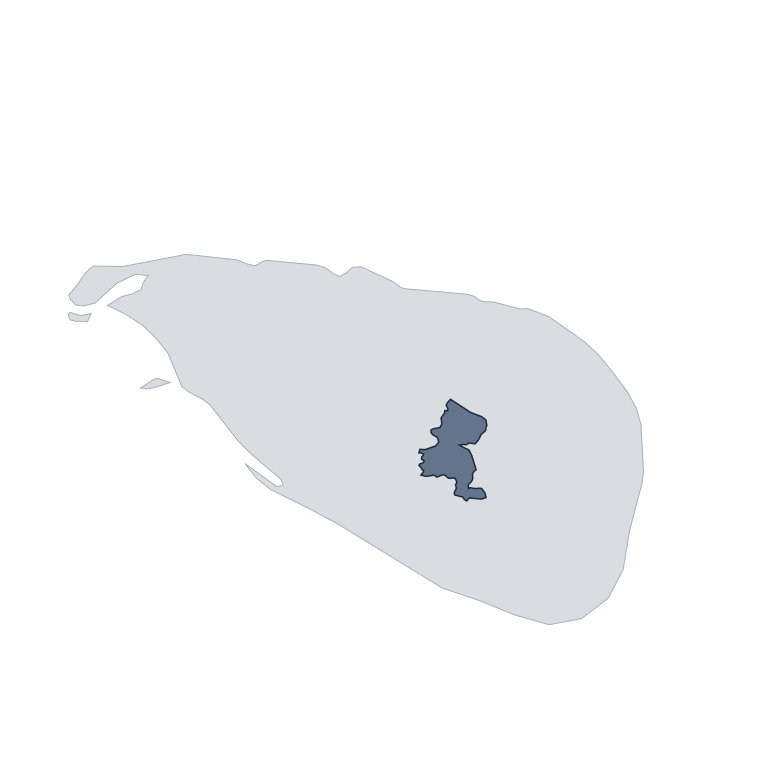 where Mahanuvara sits in Sri Lanka, rotated 306°
{"feature_id": "LKA-2448", "entity_name": "Mahanuvara", "entity_type": "District", "adm_level": 1, "iso_a3": "LKA", "parent_name": "Sri Lanka", "parent_adm1": "", "projection": "robinson", "projection_center": [80.641, 7.216], "detail": "fine", "context": "in_parent", "style": "filled", "palette": "slate", "viewbox_px": 768, "rotation_deg": 306, "n_neighbors": 0, "source": "natural_earth", "source_scale": "10m", "svg_char_len": 2453}
<svg xmlns="http://www.w3.org/2000/svg" viewBox="0 0 768 768"><g transform="rotate(306 384 384)"><path d="M270.6,76.7L284.0,77.5L298.4,77.1L308.4,79.3L325.7,103.8L372.6,147.7L398.1,192.3L400.4,202.1L404.0,210.5L410.1,212.8L415.2,216.7L440.8,259.8L443.7,268.3L443.3,277.7L444.8,284.7L451.5,288.1L459.8,290.0L465.2,296.4L472.1,330.8L472.1,341.6L474.1,346.2L506.2,399.7L508.1,406.2L507.8,411.1L508.7,415.3L514.9,424.7L524.7,450.2L529.6,456.0L535.5,478.3L536.0,520.9L533.8,539.9L527.8,562.9L520.7,585.5L513.0,601.8L502.4,615.6L466.4,644.9L456.0,650.8L409.0,669.2L374.4,686.6L342.4,691.3L310.3,681.7L286.2,658.9L273.9,625.3L265.4,590.2L253.2,551.3L243.8,431.1L239.3,397.4L232.0,354.6L232.8,336.1L237.9,318.3L237.9,357.3L242.6,362.1L246.2,357.1L249.4,316.7L252.1,299.6L264.9,255.1L265.1,247.2L262.9,230.4L263.1,222.0L282.1,190.8L287.0,172.6L289.6,154.0L288.6,133.9L285.1,114.1L300.5,120.4L308.9,127.3L317.5,132.0L324.5,129.6L333.0,129.5L327.0,118.7L309.1,108.8L279.5,102.6L270.2,94.7L266.6,87.9L268.4,79.9L270.6,76.7ZM255.5,197.9L259.5,210.0L248.0,201.7L240.4,194.9L237.7,189.4L253.4,195.5L255.5,197.9ZM268.8,105.7L260.0,107.4L253.1,96.8L251.5,92.3L253.3,89.2L255.2,87.6L257.5,88.1L260.7,98.0L268.8,105.7Z" fill="#d9dde1" stroke="#a8b0b8" stroke-width="1"/><path d="M337.9,519.6L337.9,516.5L338.9,514.0L337.9,512.1L335.8,506.3L337.4,504.7L342.3,503.8L344.5,501.1L346.0,501.0L347.5,500.6L348.6,498.6L349.4,496.5L347.8,494.2L345.8,491.9L345.7,489.6L346.1,486.8L344.4,484.4L340.8,482.2L339.6,481.3L339.8,478.2L333.8,472.2L332.1,467.3L335.0,467.7L337.5,466.9L337.3,466.1L337.1,465.1L337.6,464.1L338.2,463.3L338.7,460.1L340.7,460.1L342.8,461.8L345.2,462.0L345.5,460.4L345.2,458.6L347.3,457.3L349.3,457.7L350.8,456.9L350.0,454.7L348.8,452.7L350.5,452.2L352.2,451.4L355.1,455.8L364.0,462.1L369.1,462.5L372.1,458.7L371.6,452.9L372.5,450.4L374.4,449.1L376.5,450.0L381.7,454.9L385.7,454.2L390.2,450.1L395.9,450.1L398.2,448.8L399.9,451.2L401.0,450.6L401.9,449.7L403.4,446.7L406.3,446.3L410.7,446.8L411.9,470.8L415.0,482.4L414.8,487.5L411.0,491.5L408.0,492.4L406.2,493.6L400.4,492.3L394.4,493.3L389.2,492.9L386.0,487.1L384.8,487.0L383.3,486.4L381.4,483.3L378.9,480.9L379.4,485.5L380.6,491.4L377.8,496.9L368.8,508.9L366.4,508.2L363.6,508.3L359.6,511.4L356.7,512.1L351.7,511.5L348.5,514.3L349.6,513.9L350.7,514.5L353.2,519.6L355.3,521.8L356.9,524.4L355.3,529.7L352.2,533.3L348.2,530.6L341.9,520.0L337.9,519.6Z" fill="#64748b" stroke="#1e293b" stroke-width="1.5"/></g></svg>